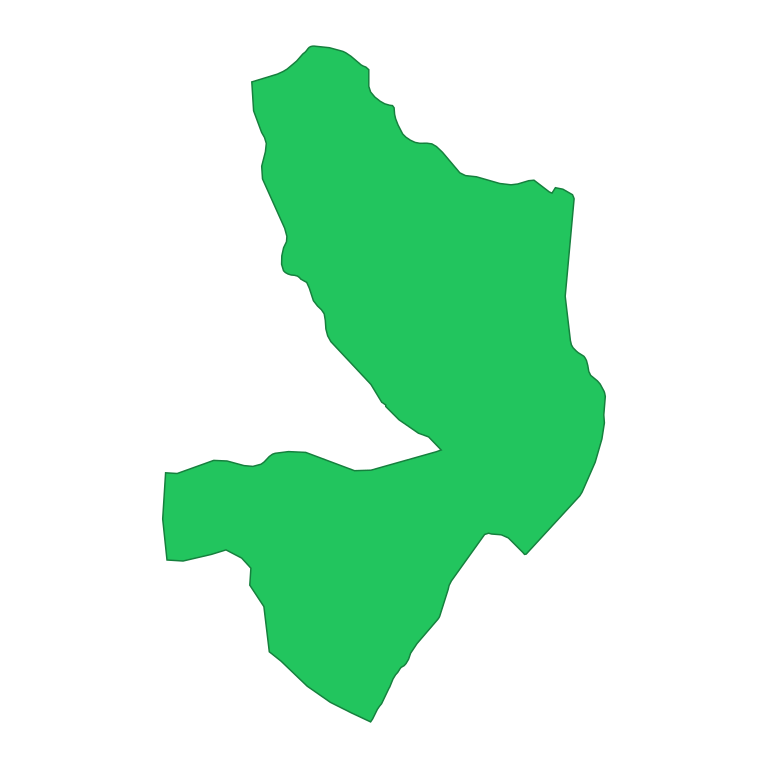 map outline of Mayo-Kebbi Est (Natural Earth projection)
{"feature_id": "TCD-1486", "entity_name": "Mayo-Kebbi Est", "entity_type": "Prefecture", "adm_level": 1, "iso_a3": "TCD", "parent_name": "Chad", "parent_adm1": "", "projection": "natural_earth1", "projection_center": [15.507, 10.186], "detail": "fine", "context": "isolated", "style": "filled", "palette": "green", "viewbox_px": 768, "rotation_deg": 0, "n_neighbors": 0, "source": "natural_earth", "source_scale": "10m", "svg_char_len": 2280}
<svg xmlns="http://www.w3.org/2000/svg" viewBox="0 0 768 768"><path d="M354.5,470.7L370.9,470.2L436.1,451.8L441.2,450.0L428.6,436.9L418.4,433.2L399.0,419.8L385.7,406.5L385.8,405.0L381.7,402.2L370.9,384.4L330.9,341.7L327.7,335.9L325.9,329.0L325.3,320.4L324.2,313.8L321.4,309.7L317.6,306.1L313.4,300.7L309.3,288.1L306.7,282.4L300.9,279.2L299.5,277.6L297.5,276.1L294.5,275.3L291.2,275.0L288.0,274.0L285.3,272.5L283.5,270.7L281.6,264.3L281.8,255.9L283.6,247.7L286.5,241.7L286.9,236.4L284.7,228.3L262.5,178.9L261.7,166.2L265.4,151.8L266.3,143.4L264.5,137.5L261.6,132.4L253.6,110.8L251.8,81.9L277.4,74.1L283.1,71.5L287.1,69.1L296.6,61.1L302.8,54.0L305.2,52.1L306.2,51.0L308.1,48.5L309.2,47.4L310.6,46.6L312.2,46.2L314.0,46.1L329.4,47.7L342.9,51.4L345.8,52.8L351.0,56.3L361.1,64.9L363.3,66.1L365.9,67.1L368.8,69.7L368.8,86.4L370.6,92.0L374.9,97.1L380.1,101.2L384.7,103.8L389.5,105.2L392.5,105.6L394.1,107.8L394.6,114.3L395.6,118.7L398.0,124.9L402.7,134.0L405.8,137.1L410.2,140.1L415.1,142.4L419.8,143.3L426.9,143.2L431.9,143.9L436.5,146.6L442.5,152.3L459.8,172.8L465.5,175.6L476.5,176.8L499.8,183.5L511.0,184.8L517.7,184.0L528.7,180.7L534.0,180.2L549.4,192.0L552.0,193.1L555.4,187.7L562.9,189.2L572.5,194.7L573.6,197.3L574.1,198.8L565.2,296.3L570.4,340.6L571.4,344.8L573.0,347.7L576.2,351.0L578.2,352.7L582.7,355.5L584.0,356.4L585.2,358.1L586.5,360.6L587.8,365.6L588.8,371.5L590.7,375.4L597.4,380.9L600.1,384.0L604.0,391.2L604.6,392.9L605.3,396.5L603.8,414.9L604.4,422.9L601.9,439.0L595.2,462.2L582.1,492.1L579.8,495.8L526.2,554.1L524.5,554.4L522.8,552.4L508.3,537.9L501.3,534.8L491.5,534.0L488.6,533.2L484.6,534.5L451.4,580.9L449.1,585.4L448.1,589.6L439.7,616.2L439.1,617.5L438.1,619.0L417.0,643.6L410.6,653.2L408.6,659.2L406.0,663.6L404.2,665.6L401.1,667.4L400.0,668.8L397.8,672.3L395.5,674.9L393.0,679.0L389.7,687.1L389.0,688.2L381.6,703.7L379.6,706.1L377.4,709.3L372.6,719.0L370.6,721.9L351.8,713.1L330.3,702.3L307.2,686.2L281.0,661.1L269.3,651.8L263.9,606.6L249.8,585.2L250.9,568.2L241.7,558.1L226.0,549.9L211.4,554.4L183.1,561.0L167.0,560.0L162.7,519.0L165.6,472.8L177.2,473.5L213.7,460.4L227.1,461.0L244.0,465.6L252.9,466.4L261.1,464.2L264.1,462.0L269.3,456.5L272.5,454.2L275.1,453.3L288.5,451.6L305.7,452.4L354.5,470.7Z" fill="#22c55e" stroke="#15803d" stroke-width="1.5"/></svg>